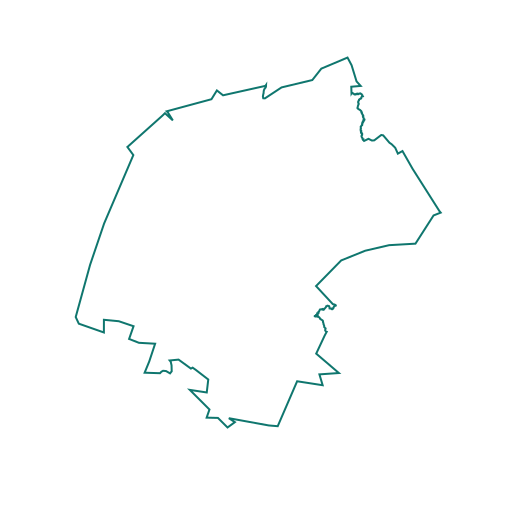 the district of Rodeo, Durango, Mexico, rotated 256°
{"feature_id": "50627088B73828506839390", "entity_name": "Rodeo", "entity_type": "district", "adm_level": 2, "iso_a3": "MEX", "parent_name": "Mexico", "parent_adm1": "Durango", "projection": "orthographic", "projection_center": [-104.523, 25.192], "detail": "fine", "context": "isolated", "style": "outline", "palette": "teal", "viewbox_px": 512, "rotation_deg": 256, "n_neighbors": 0, "source": "geoboundaries", "source_scale": "gbopen_adm2", "svg_char_len": 5413}
<svg xmlns="http://www.w3.org/2000/svg" viewBox="0 0 512 512"><g transform="rotate(256 256 256)"><path d="M255.3,444.8L302.8,429.0L322.4,423.5L321.0,418.4L327.2,417.3L328.3,416.7L331.7,414.6L333.6,412.9L342.3,408.6L343.1,406.8L339.6,398.7L340.0,396.4L342.5,393.5L341.5,388.7L342.0,388.4L342.5,388.3L342.6,388.0L342.9,387.9L343.2,388.1L343.4,388.3L343.8,387.7L344.0,387.6L344.8,387.8L345.1,387.7L345.6,387.4L346.1,387.4L346.4,387.3L346.6,387.3L347.0,387.4L347.3,387.6L347.6,387.8L347.6,388.1L347.8,388.3L348.0,388.4L348.3,388.4L348.6,388.3L348.8,388.4L348.9,388.5L349.0,388.6L349.3,388.6L349.5,388.5L349.7,388.1L349.8,388.0L350.1,388.1L350.3,387.9L350.2,387.9L350.3,387.7L350.7,387.8L351.1,388.1L351.4,387.9L351.5,387.9L351.9,388.3L352.0,388.4L352.3,388.4L352.5,388.3L352.9,388.0L353.2,388.0L353.4,388.1L353.5,388.2L353.9,388.3L354.2,388.6L354.3,388.6L354.5,388.7L354.8,388.7L355.0,388.6L355.4,388.8L355.6,388.9L356.1,388.9L356.2,389.1L356.3,389.3L356.7,389.5L356.9,389.8L357.0,390.0L357.1,390.3L357.2,390.6L357.6,390.7L357.7,390.8L358.0,390.7L358.2,390.9L358.3,390.9L358.5,391.1L358.8,391.1L359.1,391.1L359.2,391.4L359.3,391.4L359.4,391.6L359.5,391.6L359.8,391.7L359.9,391.8L359.9,392.0L360.0,392.0L360.1,391.8L360.6,392.1L360.6,392.7L360.8,392.7L360.8,392.9L361.0,393.2L361.3,393.2L361.2,393.4L361.3,393.6L361.7,393.9L361.9,394.2L362.0,394.2L362.2,393.9L362.3,394.0L362.5,393.8L362.7,394.0L362.8,393.9L363.0,393.9L363.4,393.7L364.4,393.8L364.6,393.6L364.9,393.8L365.0,393.8L365.1,393.7L365.4,393.8L365.4,393.6L365.5,393.6L365.8,393.5L366.1,393.6L366.3,393.8L366.5,393.8L366.8,393.9L367.5,393.5L367.8,393.5L368.0,393.4L368.3,393.3L368.6,393.4L368.9,393.2L369.1,393.2L369.3,393.1L369.5,393.2L369.8,393.1L369.9,393.3L370.1,393.2L370.3,393.3L370.5,393.3L370.6,393.1L370.8,393.1L371.2,393.1L371.4,393.0L372.2,392.4L372.4,392.4L373.4,391.3L374.1,390.8L374.2,390.7L374.3,390.5L374.9,390.2L375.3,390.3L375.5,390.5L375.9,390.8L376.3,390.9L376.8,391.1L377.2,391.4L377.9,391.8L378.1,392.1L378.4,392.3L379.4,392.3L379.5,392.5L379.8,392.4L380.0,392.3L380.3,392.3L380.7,392.3L381.4,392.8L381.7,393.0L381.8,393.3L382.1,393.6L382.4,393.6L382.8,393.8L383.1,394.4L383.1,394.7L383.3,395.0L383.4,395.3L383.3,395.8L383.5,396.2L383.6,396.3L383.9,396.3L384.1,396.4L384.4,396.6L384.8,396.9L385.0,397.2L385.1,397.6L385.1,398.3L385.5,398.2L385.6,397.9L385.8,397.9L386.0,397.8L386.5,398.0L386.8,397.8L387.2,397.7L387.5,397.6L387.7,397.2L388.0,397.0L388.2,396.8L388.5,396.7L388.6,396.4L388.6,395.4L388.2,394.7L388.3,394.5L388.5,394.2L388.5,393.7L389.0,393.7L389.1,392.7L388.8,392.2L389.0,392.1L389.0,391.7L388.7,391.1L388.9,390.7L389.1,390.7L389.4,390.3L389.5,390.3L390.1,389.8L390.2,389.3L390.4,389.1L390.9,389.0L391.0,388.8L391.3,388.6L391.1,388.5L391.0,388.3L390.7,388.0L397.2,389.4L395.7,398.7L401.1,395.8L418.0,394.9L426.4,392.8L422.0,364.7L413.1,353.2L413.4,321.6L406.8,302.8L407.1,301.8L407.3,301.2L409.2,301.3L411.2,302.2L411.6,302.4L411.8,302.5L412.2,302.8L412.6,302.9L413.1,303.0L413.6,303.2L414.8,303.7L415.5,304.2L416.3,304.9L416.5,305.1L416.9,305.8L417.1,306.0L417.7,306.5L418.1,306.7L418.7,306.9L419.2,307.0L419.5,307.1L418.8,306.3L419.9,262.9L426.1,258.1L418.9,250.7L418.0,204.4L416.7,205.2L407.7,208.1L416.6,202.2L414.9,199.3L392.9,157.6L383.6,161.4L324.3,116.5L287.6,92.9L240.4,66.3L233.2,67.7L218.6,89.9L230.9,93.0L225.9,107.1L219.8,116.6L217.5,120.2L206.2,112.8L200.1,121.4L195.3,136.9L179.5,126.9L169.7,119.7L165.5,134.5L166.6,136.2L167.1,138.1L166.1,140.9L162.9,144.2L164.5,146.3L170.3,147.6L174.0,147.7L175.5,147.0L174.2,155.8L162.5,165.6L163.0,167.5L160.1,170.0L147.7,179.8L135.5,175.2L142.1,159.4L118.3,173.7L111.1,169.0L108.1,179.9L96.5,186.9L99.9,195.3L105.2,190.4L88.5,227.4L85.6,235.9L111.8,255.9L124.5,265.6L114.5,289.4L125.8,288.9L122.4,308.1L146.7,290.8L162.2,303.4L165.3,306.2L165.5,305.8L166.0,305.5L167.1,305.1L167.7,305.3L168.4,305.8L168.9,306.0L169.1,305.8L169.4,305.6L169.9,305.4L170.5,305.0L171.0,305.1L172.2,305.3L173.2,305.0L173.7,305.1L174.1,305.1L174.5,305.2L175.4,305.0L175.9,305.0L176.5,305.3L177.4,305.0L178.7,303.8L178.8,303.6L179.1,303.5L179.5,303.2L179.7,302.9L180.4,302.9L181.1,302.6L181.6,302.1L182.0,301.8L182.2,301.7L182.1,301.2L182.5,300.8L182.7,300.5L182.8,299.9L182.7,299.5L183.1,298.7L183.3,298.4L183.5,298.4L183.6,298.5L183.6,299.2L183.7,299.8L183.7,300.1L183.9,300.6L184.0,300.6L184.1,300.2L184.3,300.2L184.3,300.5L184.6,301.0L184.6,301.3L184.4,301.4L183.8,301.5L184.0,301.7L185.0,301.6L185.3,301.5L185.6,301.5L185.7,302.1L185.6,302.5L185.6,302.8L186.3,302.9L186.5,302.9L186.7,303.5L186.9,303.5L187.2,304.0L187.8,304.4L188.5,305.0L188.7,305.3L188.5,306.1L188.5,306.5L188.1,307.1L188.5,307.5L188.5,308.1L188.3,308.2L188.0,308.4L187.5,308.5L187.5,308.8L187.7,309.1L188.2,309.6L188.9,310.7L189.9,312.0L190.2,312.0L190.3,312.6L190.5,313.1L190.5,313.4L190.4,313.7L190.1,314.0L189.8,314.2L189.6,314.8L189.3,314.8L189.0,314.9L188.8,314.9L188.6,314.9L188.3,314.9L187.8,314.8L187.6,314.8L187.3,314.7L187.2,314.9L187.2,315.2L187.0,315.5L186.9,315.7L186.9,316.0L186.8,316.4L186.4,316.4L186.1,316.6L185.9,316.9L185.9,317.3L186.1,317.7L186.3,318.0L186.6,318.2L186.8,318.5L187.0,318.4L188.1,319.5L188.2,319.9L188.4,320.2L188.4,320.3L188.6,320.8L188.5,321.3L188.8,321.5L189.2,321.3L189.5,320.9L190.0,320.4L190.1,319.9L190.6,319.2L190.7,318.9L212.3,307.0L231.1,337.6L234.7,363.2L234.3,387.8L229.4,413.7L252.4,438.1L253.4,445.7L255.3,444.8Z" fill="none" stroke="#0f766e" stroke-width="2"/></g></svg>